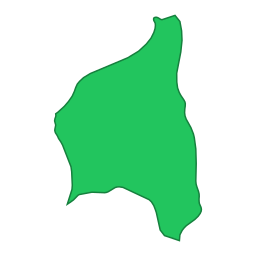 map outline of Gia Lai (Equal Earth projection)
{"feature_id": "VNM-478", "entity_name": "Gia Lai", "entity_type": "Province", "adm_level": 1, "iso_a3": "VNM", "parent_name": "Vietnam", "parent_adm1": "", "projection": "equal_earth", "projection_center": [108.233, 13.818], "detail": "fine", "context": "isolated", "style": "filled", "palette": "green", "viewbox_px": 256, "rotation_deg": 0, "n_neighbors": 0, "source": "natural_earth", "source_scale": "10m", "svg_char_len": 1426}
<svg xmlns="http://www.w3.org/2000/svg" viewBox="0 0 256 256"><path d="M67.3,204.2L68.7,199.8L72.0,189.4L72.3,185.2L71.7,171.7L71.0,166.7L62.6,145.1L60.8,141.8L58.5,138.4L58.3,137.8L57.3,135.7L55.4,132.7L54.8,130.6L54.9,129.2L55.5,126.2L55.7,125.0L54.6,120.9L55.0,118.6L55.6,117.0L55.9,115.4L55.7,113.8L57.8,112.3L64.4,106.3L68.5,101.5L72.2,96.2L74.4,91.4L75.7,87.6L77.3,84.1L79.6,81.3L83.6,77.6L90.4,73.5L127.7,57.8L138.6,51.2L146.3,44.1L151.0,38.2L153.9,32.4L155.1,28.4L155.4,25.6L155.3,23.8L155.0,22.7L153.8,20.5L153.6,19.4L153.7,18.2L154.4,17.6L155.4,17.3L156.8,17.3L158.1,17.8L160.4,19.2L161.2,19.6L162.3,19.6L175.0,15.4L179.9,21.5L181.6,30.9L182.0,40.4L180.8,51.9L176.7,73.2L176.8,82.1L177.6,88.0L179.2,92.4L180.8,95.4L183.9,100.0L184.9,101.9L185.3,103.6L185.2,106.2L184.8,109.0L184.6,112.6L185.0,115.8L186.2,119.2L190.9,127.6L193.4,133.9L194.3,137.7L195.8,148.9L196.2,163.6L195.8,181.1L196.1,184.1L196.8,186.6L198.5,191.5L199.1,194.0L199.2,196.4L199.0,199.2L199.1,201.6L199.4,203.6L201.0,207.3L201.4,209.2L201.2,211.1L200.2,213.4L198.2,216.2L194.9,219.4L186.4,225.6L184.2,227.8L182.2,230.3L179.9,234.8L179.4,240.6L164.5,235.6L160.2,230.0L156.3,212.4L155.1,208.9L153.8,205.6L151.5,201.9L149.2,199.7L123.0,187.4L119.1,186.8L117.0,187.0L115.2,187.5L108.3,191.7L106.5,192.4L104.7,192.7L91.9,192.2L79.5,194.5L78.5,194.9L77.6,195.7L73.5,199.9L70.5,202.1L67.3,204.2Z" fill="#22c55e" stroke="#15803d" stroke-width="1.5"/></svg>